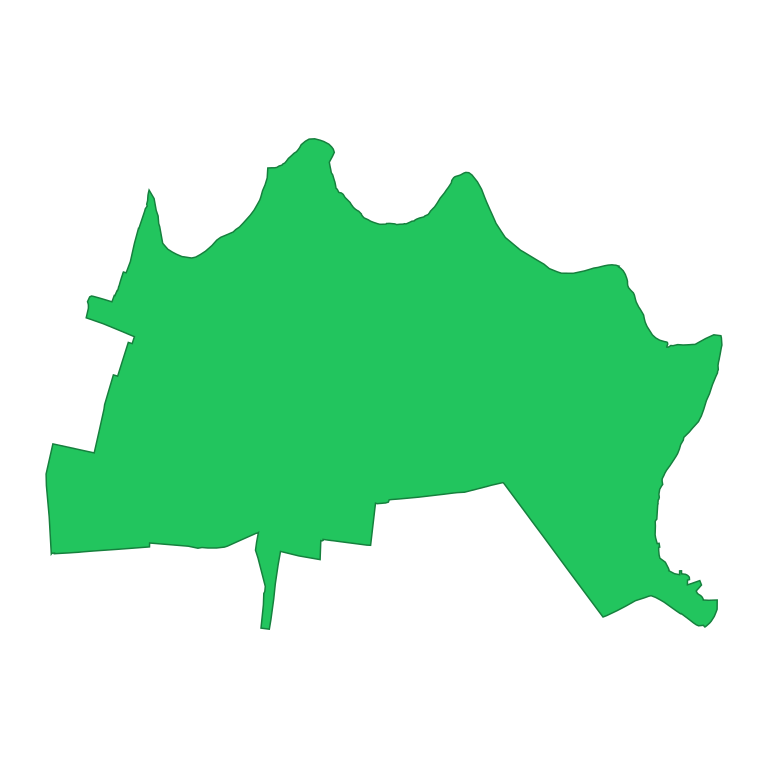 outline of Cernica, Ilfov, Romania
{"feature_id": "2599482B37635492647761", "entity_name": "Cernica", "entity_type": "district", "adm_level": 2, "iso_a3": "ROU", "parent_name": "Romania", "parent_adm1": "Ilfov", "projection": "albers", "projection_center": [26.245, 44.422], "detail": "fine", "context": "isolated", "style": "filled", "palette": "green", "viewbox_px": 768, "rotation_deg": 0, "n_neighbors": 0, "source": "geoboundaries", "source_scale": "gbopen_adm2", "svg_char_len": 6104}
<svg xmlns="http://www.w3.org/2000/svg" viewBox="0 0 768 768"><path d="M717.2,600.0L714.0,600.1L708.7,600.3L703.3,600.0L703.3,599.4L702.3,597.3L700.7,595.6L698.5,594.3L697.3,593.2L696.2,591.0L701.5,585.0L699.8,580.6L689.2,584.3L687.4,584.8L687.5,580.1L689.5,579.6L689.3,577.2L688.0,575.7L687.0,575.0L685.5,574.3L681.6,573.8L681.5,570.8L679.6,570.9L679.6,574.7L674.5,573.7L668.8,570.7L669.1,570.1L668.4,568.2L665.3,562.2L659.9,558.2L659.1,554.9L658.7,550.6L658.7,547.3L659.7,547.1L659.1,543.3L657.2,543.6L655.6,537.8L655.1,534.6L655.2,532.3L655.4,525.9L655.2,521.4L656.1,519.8L656.4,519.7L656.8,519.2L657.7,504.7L658.1,503.8L657.9,503.2L658.2,500.0L658.9,499.0L659.3,497.3L658.9,494.2L659.7,489.3L661.8,485.6L662.7,484.5L662.1,481.0L662.2,478.8L664.0,475.2L664.8,473.3L666.5,470.3L670.1,465.4L674.0,459.5L676.0,456.4L677.6,453.6L679.4,449.1L680.7,444.6L683.3,440.1L683.8,437.4L689.4,431.9L692.3,428.4L698.5,421.6L699.6,419.3L701.3,416.1L703.7,409.5L706.4,400.6L709.5,393.7L712.4,384.8L715.7,376.8L717.5,372.9L717.5,371.7L718.3,369.6L718.0,365.6L718.5,362.1L719.1,359.7L719.5,357.4L720.1,354.4L721.3,347.7L721.9,345.1L721.4,337.8L720.9,335.7L720.0,335.6L713.8,334.8L705.5,338.6L703.0,340.0L699.0,342.2L695.1,344.4L692.2,344.5L689.6,344.7L685.9,344.9L683.1,345.0L677.7,344.6L673.0,345.7L670.8,345.5L669.6,346.4L668.4,347.1L666.8,347.0L667.0,345.9L667.7,344.3L667.6,343.0L667.2,342.3L666.5,342.0L664.5,341.6L659.7,340.2L655.7,337.9L652.4,334.9L647.0,326.4L645.2,322.2L644.5,319.5L644.0,317.2L643.6,315.0L642.1,312.4L640.2,309.2L638.7,307.0L636.2,302.0L635.5,299.6L634.4,295.1L633.4,292.9L630.8,290.3L628.6,287.7L627.7,285.4L627.5,283.2L627.5,281.5L627.3,280.4L626.7,278.2L625.9,276.1L625.4,274.6L624.4,272.8L623.2,270.8L620.6,268.2L618.6,266.9L619.1,266.2L615.9,265.2L614.4,265.1L611.9,264.8L608.2,265.1L604.9,265.7L601.1,266.6L598.1,267.4L593.7,268.1L589.2,269.5L584.5,270.9L573.3,273.3L561.4,273.2L557.2,271.8L549.3,268.6L544.0,264.2L540.4,262.1L536.5,259.8L530.4,256.1L523.3,251.8L520.5,250.2L510.6,241.9L505.3,237.5L501.3,231.5L500.8,230.7L500.1,229.6L499.7,229.0L497.1,225.0L497.0,224.8L496.0,223.4L495.5,222.1L492.5,215.3L491.6,213.3L489.5,208.7L488.1,205.5L486.6,202.1L484.7,197.4L481.6,189.3L477.4,181.8L472.0,175.0L468.9,172.7L465.8,172.4L463.8,173.1L462.0,174.1L460.6,174.9L459.2,175.4L457.6,175.9L456.1,176.3L454.7,176.9L453.6,177.8L451.8,180.4L451.3,182.9L448.5,187.2L446.4,190.0L444.3,193.1L440.3,198.0L437.0,203.4L434.6,206.9L432.8,208.7L430.4,211.2L429.4,212.9L428.6,213.9L428.0,214.6L426.8,215.1L424.8,216.0L423.9,216.9L419.5,218.0L416.5,219.2L414.8,220.2L414.2,220.9L411.6,221.3L410.6,221.9L406.8,223.6L405.9,223.9L404.4,223.7L403.3,224.1L401.4,224.2L400.2,224.2L398.4,224.4L396.6,224.6L394.9,223.9L391.9,223.6L389.8,223.4L386.5,223.5L385.8,224.2L384.0,224.2L381.0,224.3L379.8,224.3L377.6,223.7L373.4,222.3L370.6,221.2L368.1,219.7L364.1,217.9L362.8,216.5L361.7,215.1L361.4,214.0L358.7,211.2L357.3,210.5L355.5,209.3L353.4,207.4L351.2,204.4L350.0,202.4L345.0,197.4L344.1,195.9L343.2,194.4L341.4,193.0L338.8,192.4L338.1,191.0L337.3,189.4L336.0,188.1L335.7,186.1L335.4,184.5L334.9,182.1L334.3,180.3L333.5,177.6L332.7,174.9L331.3,172.7L330.7,169.4L330.0,166.1L329.3,162.2L332.5,156.3L334.3,152.4L333.3,149.2L331.7,147.0L328.9,144.2L323.8,141.5L320.1,140.2L314.7,138.8L309.1,139.1L305.4,141.2L301.2,144.7L299.6,147.7L298.3,149.5L296.5,151.7L294.0,153.3L290.7,156.4L288.4,158.4L286.1,161.5L284.6,163.2L283.1,163.8L281.8,165.2L279.1,166.0L276.9,167.4L274.7,167.8L273.2,167.8L271.7,167.8L267.8,168.0L267.2,177.9L265.1,184.8L262.6,190.6L260.8,197.1L259.8,200.0L257.7,203.8L254.1,210.1L250.2,215.3L243.3,223.0L239.5,227.0L235.7,229.6L233.2,232.0L225.3,235.4L220.7,237.3L216.8,240.1L211.9,245.6L205.5,251.2L200.1,254.7L195.7,257.1L191.7,258.0L189.5,257.7L184.4,256.9L182.0,256.6L176.4,254.2L172.4,252.1L167.8,249.2L162.7,243.3L159.7,226.7L158.7,223.5L158.1,216.0L156.2,210.4L154.1,198.6L149.1,190.1L148.5,192.5L148.0,195.1L147.6,200.7L146.7,204.2L147.2,206.1L145.3,208.8L144.7,211.1L138.9,228.4L138.5,228.3L134.6,242.7L133.9,245.7L130.6,260.5L130.4,261.5L126.5,271.9L126.1,272.8L123.4,272.0L122.8,273.5L122.5,274.7L121.7,277.0L121.5,277.6L120.8,279.9L119.9,282.9L119.7,283.6L119.2,285.6L118.9,286.1L118.6,286.8L118.4,287.9L118.0,289.4L117.4,290.7L117.1,290.6L116.2,292.6L115.2,295.0L115.0,295.6L114.3,295.4L112.4,300.6L111.9,301.8L103.4,299.2L98.6,297.8L93.5,296.4L91.5,296.0L89.7,296.9L87.5,301.7L88.2,303.8L88.4,305.2L88.4,307.9L88.3,308.7L86.2,317.8L102.0,323.3L102.9,323.6L115.8,328.9L134.4,336.7L132.2,343.6L128.3,342.4L117.8,375.7L117.6,376.2L117.4,376.1L117.2,376.0L115.8,375.6L113.4,374.9L104.6,404.7L104.0,409.2L99.3,430.4L94.2,452.9L82.7,450.4L52.9,443.9L46.1,474.0L46.4,485.6L49.2,516.9L51.3,554.0L51.9,553.2L54.5,553.1L54.4,553.7L54.6,553.7L63.1,553.2L68.8,552.9L74.5,552.5L78.0,552.3L83.1,551.8L93.2,551.0L117.7,549.3L133.7,548.1L149.5,546.9L149.6,543.0L188.3,546.2L197.9,548.2L202.0,547.5L208.0,548.0L216.4,548.0L224.4,547.1L227.5,546.1L237.9,541.4L251.6,535.3L253.0,534.7L254.3,534.1L256.0,533.3L257.5,533.1L258.4,532.5L256.6,542.2L255.5,550.2L258.0,558.0L265.3,586.4L264.8,591.5L263.8,593.5L263.4,604.8L261.0,628.1L269.3,629.2L270.9,619.7L273.7,599.2L275.3,583.9L278.1,564.9L280.5,551.4L298.8,555.9L320.1,559.6L320.8,540.6L321.9,540.9L323.1,540.4L323.1,539.4L324.7,539.6L328.1,540.1L330.4,540.4L332.0,540.6L333.2,540.7L339.8,541.6L366.8,545.1L370.6,545.3L375.5,503.2L377.3,503.7L379.1,503.5L381.9,503.3L383.6,503.1L385.5,503.0L388.4,502.1L389.2,499.8L389.3,499.8L391.8,499.5L398.7,499.0L418.3,497.2L436.3,495.1L444.1,494.2L452.7,493.1L457.3,492.6L464.6,492.2L487.9,486.2L491.1,485.3L502.4,482.7L503.5,482.9L527.8,515.6L532.2,521.6L542.8,535.8L567.2,568.9L570.7,573.6L603.0,617.0L606.7,615.6L617.2,610.6L625.8,606.1L635.4,600.7L644.7,597.7L648.8,596.2L651.1,595.7L655.6,597.4L659.9,599.7L664.0,602.1L672.4,608.1L676.6,611.1L680.0,613.4L681.0,613.9L681.3,613.6L689.3,619.6L693.5,622.9L696.3,624.8L698.6,625.8L703.4,625.3L704.6,626.8L704.9,627.0L706.2,626.1L709.7,623.0L711.3,621.1L714.3,616.4L716.1,612.0L717.1,609.3L717.2,600.0Z" fill="#22c55e" stroke="#15803d" stroke-width="1.5"/></svg>